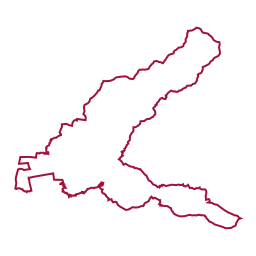 the district of Gurghiu, Mures, Romania
{"feature_id": "2599482B77375786241858", "entity_name": "Gurghiu", "entity_type": "district", "adm_level": 2, "iso_a3": "ROU", "parent_name": "Romania", "parent_adm1": "Mures", "projection": "natural_earth1", "projection_center": [24.887, 46.798], "detail": "fine", "context": "isolated", "style": "outline", "palette": "rose", "viewbox_px": 256, "rotation_deg": 0, "n_neighbors": 0, "source": "geoboundaries", "source_scale": "gbopen_adm2", "svg_char_len": 5825}
<svg xmlns="http://www.w3.org/2000/svg" viewBox="0 0 256 256"><path d="M240.6,218.4L239.0,217.7L238.4,216.7L237.4,215.9L236.0,215.4L234.3,215.3L232.7,214.3L227.9,212.3L223.6,209.6L217.2,204.8L213.9,204.1L212.1,203.0L208.1,202.5L209.5,201.7L209.7,201.0L209.5,199.9L209.2,199.3L208.5,199.1L206.0,199.8L205.7,195.6L206.4,193.1L206.2,190.9L205.4,189.5L201.3,189.3L199.7,188.2L199.6,187.5L198.4,188.3L196.2,188.1L195.2,188.9L194.2,189.1L192.0,187.8L189.9,188.1L188.1,184.9L187.5,185.5L185.7,186.1L185.5,186.5L183.7,186.0L183.0,184.3L182.3,184.9L179.9,185.0L178.5,184.6L175.9,185.1L171.6,184.7L166.2,186.0L163.1,184.8L162.2,185.8L161.7,185.1L159.7,187.1L159.5,186.1L157.7,187.2L155.9,185.5L153.1,184.4L151.0,181.6L148.7,180.4L146.4,175.6L145.0,174.7L140.2,169.1L139.8,169.5L136.5,168.1L134.4,168.1L134.0,167.2L129.5,166.2L125.6,163.7L123.5,164.7L121.6,161.5L119.7,159.7L118.9,159.3L121.2,156.7L122.3,156.3L122.7,155.8L122.1,155.8L122.0,154.4L122.9,152.8L121.7,151.9L122.5,151.2L124.1,150.9L124.6,150.4L124.7,149.5L124.4,148.7L125.3,148.2L125.8,146.9L126.5,146.2L126.7,144.9L128.3,143.6L127.9,141.9L129.8,140.2L129.9,136.4L131.2,133.8L133.4,131.2L133.4,127.3L135.7,127.1L137.8,125.9L139.9,124.0L140.3,123.0L140.5,121.3L144.3,121.0L146.5,119.3L147.9,118.8L149.4,119.0L151.9,117.3L153.2,116.8L153.9,115.4L155.0,114.6L155.4,113.6L155.0,111.2L153.2,108.5L153.7,107.5L154.7,106.9L155.3,106.1L155.4,105.0L155.9,104.7L156.6,104.9L157.0,102.9L158.7,101.4L159.0,100.6L160.2,98.9L161.8,98.0L162.3,98.2L162.5,98.0L163.2,98.7L165.5,99.1L165.8,97.6L166.4,97.3L166.4,96.3L166.0,96.0L166.2,95.6L165.9,95.2L167.1,94.3L167.9,93.1L170.5,90.9L171.2,90.6L173.6,91.6L174.8,91.3L176.0,91.9L177.9,91.7L178.9,90.6L180.0,90.7L182.0,89.7L182.4,89.1L184.6,87.9L185.8,87.6L187.0,85.8L190.2,85.5L190.8,85.8L193.0,83.9L195.2,83.4L197.1,80.1L197.2,78.3L198.3,76.2L197.8,74.6L199.2,73.6L200.8,73.2L201.5,72.4L202.7,69.7L202.8,66.9L204.6,66.4L209.1,63.9L210.5,61.6L212.7,60.2L213.7,58.6L215.1,57.5L218.2,56.0L219.8,53.9L220.0,52.6L219.0,47.2L219.5,45.5L219.7,43.7L219.3,42.1L216.4,41.7L214.1,40.4L213.4,39.7L212.2,37.5L210.2,35.6L208.9,34.9L208.5,34.0L206.8,33.3L204.8,33.1L202.6,32.4L201.5,30.9L201.0,29.4L198.5,28.1L196.2,27.7L195.4,28.7L191.8,30.5L187.9,30.9L187.8,32.2L187.2,33.4L187.2,36.6L186.0,38.4L185.5,39.8L185.8,41.6L185.3,42.5L184.0,43.6L183.2,46.2L180.8,47.4L178.7,47.6L176.2,49.8L174.6,50.6L173.9,51.6L173.5,53.4L169.9,54.5L168.4,55.3L163.0,63.2L162.6,63.3L161.1,62.3L158.6,61.9L157.0,61.0L154.1,61.4L153.1,63.3L151.8,64.2L149.9,66.5L148.5,68.9L145.1,69.7L143.5,69.5L139.5,69.8L138.1,71.2L137.8,72.5L136.6,74.2L135.8,74.8L134.3,77.2L134.3,77.8L132.9,79.1L129.4,78.6L127.8,77.2L124.9,76.2L123.9,76.6L121.5,76.6L116.6,77.3L115.6,77.7L114.1,79.2L110.4,80.8L105.1,81.2L103.4,80.9L102.5,83.2L101.7,83.8L101.5,85.6L99.9,89.6L99.1,90.5L98.1,90.5L97.1,92.5L94.4,95.7L91.5,98.1L90.3,98.6L89.3,101.8L87.5,103.5L84.6,104.9L84.2,105.9L83.9,108.0L84.5,110.5L84.4,111.6L83.4,114.1L85.6,116.3L85.7,118.4L85.5,120.2L77.1,118.9L76.9,120.5L75.5,120.0L75.1,120.1L74.0,120.6L72.6,122.5L72.1,125.8L69.0,125.2L66.5,123.8L61.8,124.4L62.0,126.7L59.6,132.5L60.0,133.3L61.0,134.2L61.0,135.1L58.5,136.0L56.1,137.8L54.6,137.7L52.6,138.9L51.0,139.2L50.5,140.2L51.3,140.3L49.7,143.4L49.4,143.3L49.2,145.2L46.6,146.6L46.6,148.0L46.1,148.1L46.4,150.9L46.2,152.2L48.3,152.3L48.3,154.0L46.4,153.6L44.6,153.9L44.0,152.9L43.2,152.7L40.0,152.8L39.7,153.4L39.3,153.5L37.0,153.0L36.5,153.7L36.0,157.6L29.0,156.9L20.3,157.1L19.0,163.8L28.0,163.0L28.8,166.5L30.0,169.1L23.8,170.0L23.0,169.4L21.3,168.9L19.3,168.9L18.0,169.5L15.8,178.0L15.8,180.0L16.3,183.0L15.4,188.6L16.3,189.0L17.3,188.4L19.7,188.3L21.2,189.1L22.5,189.2L22.7,190.0L24.5,191.3L26.2,191.4L26.3,191.8L26.8,192.1L27.0,191.6L28.0,191.1L29.4,191.5L30.5,191.0L30.5,190.7L31.4,190.6L29.4,182.1L29.2,180.0L28.6,178.9L28.7,177.6L29.9,177.7L32.5,177.0L53.2,173.4L54.1,179.7L62.4,179.9L63.0,181.6L62.8,182.0L63.2,182.4L63.2,182.9L62.9,183.0L63.1,183.2L61.5,183.0L60.6,183.5L60.4,184.1L61.6,184.0L61.4,184.7L61.7,184.4L63.6,184.4L63.4,185.0L64.0,185.3L63.5,185.9L64.6,186.2L65.6,187.8L64.0,187.7L63.5,188.4L62.7,188.8L62.5,189.6L62.9,190.3L62.7,191.0L63.1,191.0L63.1,191.8L64.0,191.8L64.6,192.7L65.2,192.6L66.3,193.4L66.8,193.0L67.5,194.0L68.4,194.4L68.3,194.8L68.9,195.0L69.1,195.5L68.9,195.8L69.0,196.9L69.7,196.4L70.6,196.4L70.2,195.5L70.3,195.0L73.2,195.8L74.7,195.1L75.2,195.7L75.9,195.6L76.0,194.4L77.3,193.9L77.7,194.1L81.0,192.7L82.0,192.9L82.0,191.9L83.0,192.0L83.7,193.3L84.0,193.3L84.0,192.8L84.6,192.1L85.2,192.1L87.1,189.5L87.6,189.4L87.7,188.9L89.2,188.6L91.2,187.8L93.4,187.8L94.3,188.2L95.0,187.6L96.9,187.4L98.8,186.5L98.9,186.0L98.6,185.6L99.1,185.0L99.7,185.2L99.5,184.6L100.0,184.1L101.0,184.0L101.2,182.5L103.3,182.8L102.6,185.4L101.1,185.7L99.3,186.9L100.9,188.9L102.7,189.5L101.8,191.2L102.0,192.1L103.0,193.4L104.2,193.6L104.8,194.4L105.7,194.8L106.3,196.3L108.8,198.6L109.0,198.9L108.4,199.3L108.4,200.1L109.4,199.4L109.6,199.7L111.5,199.3L111.9,200.6L113.0,202.3L115.9,201.8L116.5,202.2L117.8,204.8L119.9,206.5L125.3,209.6L126.2,209.9L127.8,209.7L130.8,208.4L131.6,207.5L133.6,207.2L134.6,207.5L137.8,207.4L142.1,205.9L143.4,206.0L144.4,203.8L145.0,203.1L148.5,201.3L150.3,197.9L151.5,196.7L152.7,198.4L153.3,198.5L153.6,197.9L154.7,197.7L158.9,199.9L160.1,200.1L159.9,201.3L160.4,202.1L159.1,204.1L161.0,204.8L160.5,205.6L167.5,206.2L169.7,207.7L170.9,208.1L171.7,210.6L173.0,212.0L173.6,213.4L176.3,215.1L179.3,216.2L181.5,216.4L184.8,216.1L189.6,214.8L191.8,215.4L194.6,215.2L196.6,215.5L197.6,215.0L199.7,214.8L200.2,215.2L204.5,215.4L205.0,215.8L205.0,216.4L206.1,217.2L206.6,218.4L208.2,220.0L208.9,221.2L213.2,223.2L214.3,224.3L222.6,226.9L225.9,228.3L231.3,227.9L233.4,226.5L235.3,225.9L236.0,224.4L236.0,223.7L238.1,219.8L238.7,219.1L240.6,218.4Z" fill="none" stroke="#9f1239" stroke-width="2"/></svg>